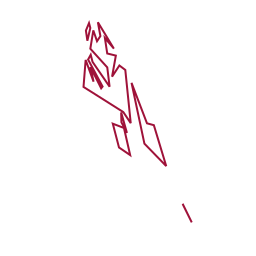 Svalbard, Robinson projection, rotated 67°
{"feature_id": "NOR-901", "entity_name": "Svalbard", "entity_type": "Territory", "adm_level": 1, "iso_a3": "NOR", "parent_name": "Norway", "parent_adm1": "", "projection": "robinson", "projection_center": [18.37, 77.559], "detail": "coarse", "context": "isolated", "style": "outline", "palette": "rose", "viewbox_px": 256, "rotation_deg": 67, "n_neighbors": 0, "source": "natural_earth", "source_scale": "10m", "svg_char_len": 741}
<svg xmlns="http://www.w3.org/2000/svg" viewBox="0 0 256 256"><g transform="rotate(67 128 128)"><path d="M111.5,126.1L72.8,152.9L48.8,140.4L71.9,141.6L57.2,138.7L81.0,137.2L79.9,135.2L49.4,138.0L46.0,133.7L53.3,134.8L82.8,128.8L64.1,123.4L40.3,131.7L24.6,121.8L36.0,122.6L32.6,117.5L18.9,114.4L49.4,110.0L36.1,114.1L51.3,118.0L56.6,110.9L74.5,122.6L67.1,111.5L73.5,107.8L124.6,123.6L111.5,126.1ZM178.0,107.7L148.8,119.0L87.8,107.1L131.1,108.7L135.5,103.1L178.0,107.7ZM153.8,136.6L142.4,143.9L118.1,140.3L126.4,131.7L153.8,136.6ZM120.1,131.8L111.0,128.2L132.1,130.9L120.1,131.8ZM31.8,131.3L21.9,128.7L16.2,122.9L21.2,123.6L31.8,131.3ZM219.5,107.3L239.8,106.2L219.3,107.4L219.5,107.3Z" fill="none" stroke="#9f1239" stroke-width="2"/></g></svg>